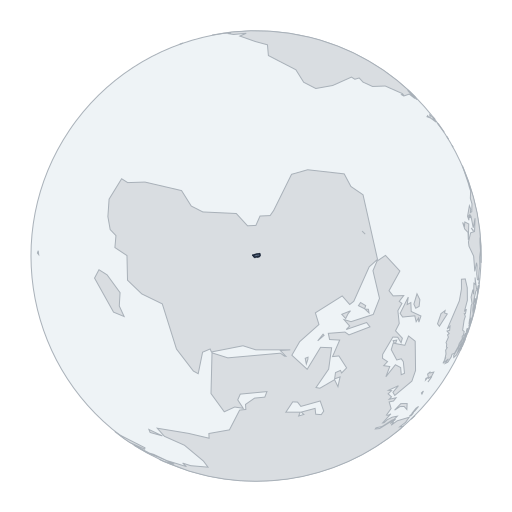 Mayo-Kebbi Ouest on an orthographic globe, rotated 124°
{"feature_id": "TCD-4858", "entity_name": "Mayo-Kebbi Ouest", "entity_type": "Prefecture", "adm_level": 1, "iso_a3": "TCD", "parent_name": "Chad", "parent_adm1": "", "projection": "orthographic", "projection_center": [14.975, 9.209], "detail": "fine", "context": "on_globe", "style": "filled", "palette": "slate", "viewbox_px": 512, "rotation_deg": 124, "n_neighbors": 0, "source": "natural_earth", "source_scale": "10m", "svg_char_len": 8736}
<svg xmlns="http://www.w3.org/2000/svg" viewBox="0 0 512 512"><g transform="rotate(124 256 256)"><circle cx="256" cy="256" r="225" fill="#eef3f6" stroke="#a8b0b8"/><path d="M179.8,44.0L180.1,43.9L174.9,45.8L180.0,44.1L184.6,42.4L188.4,41.3L189.3,41.1L182.8,43.3L181.4,43.7L180.0,44.3L176.4,45.6L178.7,44.9L170.7,48.0L179.8,44.9L174.5,47.4L168.9,49.6L168.0,49.3L155.5,54.4L179.8,44.0ZM135.8,65.5L128.3,70.9L122.3,75.1L115.4,80.7L119.3,78.1L126.2,72.8L131.8,70.0L139.5,64.6L143.0,63.0L151.5,58.2L151.8,59.2L147.5,63.0L140.4,67.3L138.3,69.4L146.4,66.0L134.4,75.5L128.8,84.9L125.6,87.7L116.8,91.0L113.5,88.5L102.2,95.5L111.1,91.7L102.8,100.0L102.1,101.9L103.5,102.2L107.3,99.5L104.8,102.8L95.0,107.2L97.1,104.2L100.2,102.6L98.6,101.9L92.0,106.1L88.3,110.6L82.2,114.3L79.5,117.8L76.6,121.0L81.3,115.0L72.7,126.3L65.6,135.5L75.1,121.8L85.5,108.8L96.8,96.6L109.0,85.3L122.1,74.9L135.8,65.5ZM33.6,220.1L34.9,213.3L36.4,210.1L33.9,223.0L36.6,212.3L36.1,219.5L40.4,222.7L39.5,225.4L42.8,243.9L50.3,254.2L52.0,264.5L50.7,270.0L54.2,272.9L54.3,276.9L71.8,287.8L83.7,300.1L85.3,313.6L79.3,327.1L82.9,357.8L74.5,364.6L78.6,376.6L82.7,392.4L76.8,388.6L84.9,398.5L86.9,402.8L84.8,401.6L89.9,407.8L88.7,406.8L93.4,411.7L97.3,415.9L84.1,401.7L72.2,386.3L61.7,370.0L52.6,352.8L44.7,334.0L41.4,324.5L40.8,322.5L36.3,305.8L33.1,288.8L31.3,271.7L30.7,254.4L31.5,237.2L33.6,220.1ZM48.1,169.2L44.7,179.4L44.4,178.9L45.0,177.2L47.0,172.0L48.1,169.2ZM54.8,154.9L55.4,153.6L55.2,154.0L54.8,154.9ZM150.8,58.0L151.1,58.1L149.3,58.9L150.8,58.0ZM154.1,56.1L151.8,57.0L153.1,56.2L154.5,55.7L154.1,56.1ZM156.7,55.2L155.6,54.8L157.9,53.5L165.1,50.5L156.7,55.2ZM185.7,42.0L180.8,43.7L184.0,42.5L185.7,42.0ZM201.1,37.5L186.8,41.6L187.0,41.6L201.1,37.5ZM190.1,40.7L190.4,40.6L197.0,38.6L197.7,38.7L195.4,39.2L190.1,40.7ZM194.3,39.6L197.9,38.8L195.6,39.7L190.4,40.8L194.3,39.6ZM198.4,38.2L201.6,37.4L200.0,37.8L198.4,38.2ZM189.5,43.3L189.6,42.7L193.1,41.5L189.5,43.3ZM199.5,38.5L200.2,38.2L201.6,37.8L203.5,37.5L199.5,38.5ZM209.8,35.5L210.5,35.4L215.3,34.4L215.9,34.3L209.2,35.7L213.0,34.9L213.6,34.8L207.4,36.1L209.2,35.6L209.8,35.5ZM209.5,36.2L201.7,38.4L200.7,39.6L197.6,40.5L199.8,38.5L209.5,36.2ZM208.8,36.0L208.5,36.3L204.8,37.0L202.7,37.4L208.8,36.0ZM219.7,33.7L219.0,33.8L219.7,33.7ZM209.9,36.3L211.8,35.8L210.3,36.3L209.9,36.3ZM217.5,34.2L216.8,34.2L218.5,33.9L217.5,34.2ZM216.2,35.0L213.6,35.6L212.1,35.7L216.2,35.0ZM217.4,34.5L220.0,34.1L213.1,35.4L216.8,34.5L217.4,34.5ZM219.3,33.9L220.1,33.7L219.4,34.0L219.3,33.9ZM223.3,34.6L215.1,36.2L211.7,36.3L220.2,34.6L223.3,34.6ZM120.9,436.2L120.3,435.5L122.2,436.8L123.0,437.7L120.9,436.2ZM465.0,171.9L464.9,171.6L468.0,180.3L471.8,191.4L478.0,217.6L478.7,222.6L477.9,217.6L474.3,207.4L477.2,223.9L480.1,235.9L481.2,251.5L480.6,247.5L479.0,234.0L477.7,230.0L475.5,215.7L469.5,195.9L468.7,201.0L466.3,192.8L457.9,177.7L455.4,184.9L452.9,209.5L456.7,231.1L454.0,241.6L440.8,212.8L433.3,193.0L429.5,195.8L415.0,180.8L392.9,183.4L388.9,178.6L384.9,181.7L374.6,177.7L368.1,169.8L362.3,171.1L379.3,191.8L385.5,190.7L389.4,181.4L393.1,189.2L402.9,195.2L395.2,216.4L360.9,238.3L356.2,222.4L322.9,181.4L323.1,176.5L322.9,176.0L322.4,175.1L320.8,183.0L314.6,175.1L333.9,203.7L337.7,216.6L360.5,239.3L358.7,242.0L365.6,246.5L385.9,238.1L386.4,243.6L377.6,269.9L348.1,306.9L351.3,329.5L347.9,349.0L327.8,363.2L327.9,377.7L317.4,383.5L315.6,391.7L306.2,400.8L291.0,409.6L267.1,410.6L266.9,403.4L256.8,389.4L243.4,354.3L250.8,337.6L249.2,324.7L231.8,296.1L235.7,279.9L230.7,273.2L220.6,275.0L214.6,266.9L208.4,266.8L168.4,272.2L155.6,261.4L138.6,228.8L145.3,216.2L145.4,201.5L190.8,153.4L201.7,156.1L238.9,149.6L243.8,151.2L240.9,162.2L269.9,175.0L277.6,165.5L302.6,171.9L318.2,170.8L321.3,150.2L295.6,151.4L289.8,142.0L309.2,132.5L331.5,132.7L329.9,129.1L314.6,121.7L318.5,115.0L309.2,118.7L313.9,122.1L308.2,124.9L303.6,122.0L305.1,119.6L298.1,118.3L292.5,131.4L296.6,136.3L278.9,139.6L284.1,148.3L279.7,152.8L269.3,139.7L269.4,134.8L251.0,121.9L249.3,127.1L266.5,140.1L261.7,139.2L259.5,147.5L257.3,140.5L238.9,126.1L222.1,129.9L202.8,150.8L192.6,152.8L183.1,149.0L188.0,128.3L210.4,126.3L212.4,120.0L206.2,111.4L213.5,111.9L213.7,108.5L222.0,107.8L231.9,99.5L240.0,98.5L242.3,88.7L246.8,87.2L244.1,93.1L246.7,97.2L266.7,96.0L270.1,93.9L270.0,87.9L275.5,88.8L272.8,83.3L283.5,80.8L268.2,79.6L267.6,73.7L273.2,69.2L270.2,67.3L261.2,74.8L260.0,78.1L263.5,81.2L258.0,91.5L251.5,93.5L246.8,82.7L237.0,84.8L237.6,76.4L261.7,59.7L272.6,56.8L294.0,63.0L292.4,66.3L283.9,65.4L293.3,71.1L291.8,68.3L296.4,69.4L297.0,64.9L300.3,65.5L295.2,60.6L299.3,60.9L302.5,64.0L306.9,58.7L314.9,58.9L314.3,57.5L311.4,55.9L323.6,57.7L322.6,56.6L318.3,55.6L313.5,53.0L309.8,49.3L314.2,50.1L316.1,51.5L326.8,56.1L331.3,60.4L332.7,60.4L329.9,57.0L316.9,51.2L313.4,48.9L319.9,51.1L317.3,50.1L316.9,49.2L320.7,49.3L313.7,46.8L304.0,38.8L310.4,39.0L317.2,41.3L315.1,38.9L322.5,40.8L318.4,39.6L317.4,39.2L332.4,44.1L347.1,50.0L361.3,56.8L375.0,64.7L388.1,73.5L400.6,83.3L412.4,93.8L423.4,105.2L433.5,117.3L442.8,130.1L451.2,143.5L458.6,157.5L465.0,171.9ZM176.8,177.7L176.0,182.0L176.8,177.7ZM356.4,144.0L368.8,143.9L360.7,132.0L364.8,131.2L360.6,127.7L360.1,131.2L349.3,121.8L353.8,118.0L351.0,113.2L346.7,113.1L340.3,121.7L355.6,134.7L353.9,139.9L356.4,144.0ZM40.7,222.7L40.9,225.6L40.0,225.1L40.7,222.7ZM42.6,183.8L42.4,184.7L41.7,187.0L42.5,184.1L42.6,183.8ZM44.4,190.1L44.9,192.1L43.7,192.2L44.4,190.1ZM44.3,181.3L44.0,189.0L41.7,190.9L42.2,186.4L42.8,186.4L44.3,181.3ZM51.5,161.6L50.9,162.9L50.0,165.0L51.5,161.6ZM54.7,155.4L55.6,153.4L54.7,155.4ZM103.4,99.7L104.1,99.4L104.8,100.4L102.9,101.4L103.4,99.7ZM116.9,98.1L112.6,103.5L114.4,100.0L111.0,101.9L110.5,97.5L123.9,89.0L117.9,93.4L116.9,98.1ZM113.7,90.1L112.4,93.3L113.2,90.2L113.7,90.1ZM206.6,92.6L210.0,94.4L207.6,98.2L197.3,101.4L200.6,95.7L206.6,92.6ZM215.2,96.3L213.5,85.7L219.8,84.0L216.6,86.6L220.9,86.5L216.8,90.9L224.6,100.3L223.0,104.4L204.9,106.8L211.7,103.5L208.0,101.6L215.2,96.3ZM197.8,67.9L197.1,65.0L211.7,64.7L210.7,67.6L200.3,70.4L195.5,68.7L197.8,67.9ZM169.6,50.6L168.4,50.7L170.2,49.9L172.7,49.2L169.6,50.6ZM189.3,43.1L176.7,49.9L174.7,50.2L169.8,54.7L162.6,57.4L166.0,54.2L156.7,60.1L156.9,58.3L151.3,62.4L159.7,55.0L159.5,54.2L162.4,54.0L169.1,51.4L171.9,50.1L179.7,46.0L182.6,43.6L189.7,41.3L193.9,40.4L194.3,40.6L189.6,41.9L193.5,41.2L187.0,43.3L189.3,43.1ZM239.3,39.1L233.7,39.0L240.4,41.0L233.9,41.9L235.1,42.1L231.0,43.7L228.0,46.1L224.9,46.3L225.1,47.2L222.4,48.6L221.6,50.0L215.7,51.1L214.3,53.1L212.3,52.5L211.4,55.7L209.4,53.9L205.7,55.9L209.6,56.6L179.6,62.3L168.5,67.2L160.4,72.7L158.0,69.7L164.2,63.1L174.5,56.0L185.5,52.2L182.4,51.9L186.8,50.1L187.3,51.1L189.0,48.7L192.8,47.6L202.0,43.2L202.1,41.2L205.5,39.8L207.3,40.1L209.4,38.7L215.1,38.5L217.6,37.7L225.8,37.0L227.8,38.6L230.5,37.7L236.9,37.6L239.3,39.1ZM225.6,34.4L229.5,35.3L227.9,36.5L214.3,37.3L211.2,38.0L202.4,39.2L205.0,37.7L207.2,37.4L210.0,36.8L208.1,37.5L211.7,36.6L215.0,36.3L218.7,35.6L218.9,36.0L225.6,34.4ZM248.6,147.0L252.2,147.4L257.7,146.7L256.4,152.3L248.6,147.0ZM235.8,137.3L239.0,136.5L239.9,143.3L236.1,143.3L235.8,137.3ZM240.0,130.5L239.1,135.9L237.3,133.0L240.0,130.5ZM247.0,92.3L250.3,91.5L250.9,92.8L249.5,95.0L247.0,92.3ZM257.9,47.7L255.0,46.9L255.7,46.4L252.8,43.7L257.4,43.2L260.9,44.6L257.9,47.7ZM317.4,153.9L313.3,158.0L310.8,156.3L312.7,155.2L317.4,153.9ZM283.7,155.2L291.8,157.4L283.3,156.7L283.7,155.2ZM262.4,46.7L260.7,45.6L264.0,46.1L262.4,46.7ZM260.6,42.8L264.4,43.0L257.6,42.8L260.6,42.8ZM376.4,436.9L375.8,438.9L373.4,439.5L376.4,436.9ZM382.2,342.7L364.6,377.5L355.2,378.5L354.9,368.9L362.4,348.2L373.9,341.4L379.9,331.5L382.2,342.7ZM480.5,274.9L480.6,269.1L477.1,240.8L478.4,240.3L481.2,256.3L481.2,259.7L481.2,263.2L480.5,274.9ZM457.5,233.0L461.5,245.1L459.7,247.8L457.5,233.0ZM298.9,45.1L297.9,49.0L300.3,52.4L306.3,54.9L297.4,53.4L293.8,48.2L298.9,45.1ZM302.9,39.3L297.6,37.8L300.1,37.9L301.7,38.2L302.9,39.3ZM299.6,38.8L292.7,38.2L289.8,37.1L295.8,37.7L299.6,38.8ZM277.7,41.2L277.1,42.3L274.3,41.7L277.7,41.2ZM299.8,35.0L304.6,36.1L302.1,35.6L299.3,34.9L299.8,35.0Z" fill="#d9dde1" stroke="#a8b0b8" stroke-width="1"/><path d="M253.9,252.9L255.1,253.2L255.0,253.7L255.1,254.2L255.3,254.2L255.7,254.1L255.9,254.1L256.1,254.2L256.2,254.3L256.2,254.5L256.4,254.7L256.4,255.3L256.6,255.4L256.9,255.7L257.3,255.9L257.5,256.0L257.8,256.1L257.8,256.3L257.8,256.6L257.8,256.8L257.7,256.8L257.6,257.3L257.5,257.5L257.6,257.8L257.3,258.0L257.1,258.8L257.2,259.0L256.9,259.1L256.8,258.9L256.5,258.6L256.4,258.3L256.3,258.2L256.2,258.2L255.9,258.1L255.9,257.9L255.7,257.7L255.4,257.6L254.4,256.9L253.6,256.2L253.5,255.9L252.4,254.6L252.0,254.3L252.0,254.2L252.2,253.9L252.6,253.6L252.9,253.1L253.0,253.0L253.9,252.9Z" fill="#64748b" stroke="#1e293b" stroke-width="1.5"/></g></svg>